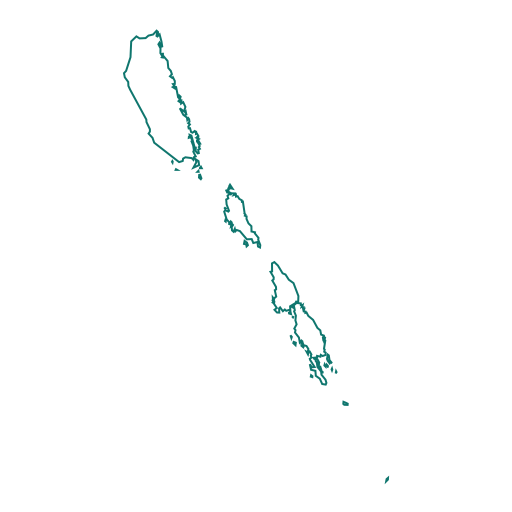 the district of Kepulauan Mentawai, Sumatera Barat, Indonesia
{"feature_id": "22746128B86355072671334", "entity_name": "Kepulauan Mentawai", "entity_type": "district", "adm_level": 2, "iso_a3": "IDN", "parent_name": "Indonesia", "parent_adm1": "Sumatera Barat", "projection": "equal_earth", "projection_center": [99.744, -2.461], "detail": "fine", "context": "isolated", "style": "outline", "palette": "teal", "viewbox_px": 512, "rotation_deg": 0, "n_neighbors": 0, "source": "geoboundaries", "source_scale": "gbopen_adm2", "svg_char_len": 6095}
<svg xmlns="http://www.w3.org/2000/svg" viewBox="0 0 512 512"><path d="M156.6,30.7L153.1,34.5L148.5,35.6L145.6,38.1L139.6,38.4L136.4,36.4L131.2,41.4L130.5,57.2L126.1,70.9L124.0,73.2L124.8,77.3L128.2,81.9L128.4,85.9L130.2,89.8L146.3,119.5L146.5,122.1L149.9,129.2L149.9,131.6L148.6,133.6L152.5,137.8L154.2,142.7L179.1,162.1L182.7,161.0L183.1,158.6L185.4,157.3L191.7,158.1L193.3,159.8L194.0,157.1L195.7,156.4L193.3,151.7L193.9,150.4L193.2,145.6L191.2,140.5L192.7,143.6L193.3,142.4L190.7,137.1L188.8,137.8L188.9,136.8L189.8,136.3L189.6,134.8L191.4,135.6L194.7,147.5L195.8,147.6L195.6,151.1L197.7,153.4L198.8,153.1L198.2,149.7L199.9,148.8L198.8,147.1L199.7,146.0L198.8,144.0L200.2,143.7L198.3,140.5L198.3,143.2L197.0,141.5L197.0,140.3L198.9,139.0L196.5,137.8L197.6,137.2L197.0,136.0L198.3,136.9L198.4,136.0L196.8,133.4L196.0,133.8L196.1,131.8L194.7,131.8L195.4,130.5L192.5,132.7L191.1,132.0L190.0,128.2L188.7,128.4L188.3,126.6L189.9,124.4L188.2,123.2L189.5,121.7L189.1,119.2L188.4,118.2L187.3,119.9L186.9,117.5L183.3,114.8L179.8,108.3L185.7,112.6L184.6,109.5L185.4,106.9L183.2,102.2L181.2,103.5L181.4,100.4L179.8,100.6L179.6,101.9L178.5,101.1L180.0,99.2L178.1,97.3L176.1,87.0L175.2,86.6L174.8,88.4L172.8,87.1L174.4,86.2L173.0,84.1L174.8,83.9L174.8,81.0L172.9,77.2L172.2,77.9L170.0,76.3L171.9,74.2L170.8,70.9L168.3,68.0L167.6,61.0L162.9,55.4L162.9,57.5L161.9,57.3L162.5,56.5L160.4,53.1L160.5,48.4L158.4,44.3L159.5,42.6L161.4,46.7L162.2,46.4L161.5,41.7L159.6,34.4L157.4,36.5L156.5,35.9L156.9,33.7L157.8,35.8L158.0,32.0L156.6,30.7ZM300.8,303.4L296.5,303.0L293.8,305.3L294.8,310.2L294.1,311.3L295.9,315.7L295.4,320.4L296.6,324.3L294.3,328.6L295.5,330.1L295.0,332.5L298.9,337.5L299.8,342.4L301.4,340.5L302.3,341.3L301.6,343.2L302.7,342.8L303.1,343.9L301.5,345.8L303.3,347.3L304.1,345.3L306.5,346.0L308.4,349.0L308.0,350.7L309.7,351.4L311.4,354.5L310.8,355.5L311.4,357.7L309.8,358.8L310.1,359.9L314.6,367.0L311.9,367.3L309.8,364.2L311.1,369.8L315.4,370.8L315.8,375.8L319.8,378.7L322.2,384.0L325.7,384.6L326.4,382.9L325.5,379.7L321.5,374.7L321.1,371.5L317.5,367.0L316.8,362.5L315.1,360.1L317.1,362.7L319.0,362.2L317.5,359.4L314.3,358.9L313.6,357.8L317.0,357.4L317.1,355.9L320.4,356.7L320.8,354.9L322.6,356.0L325.5,355.0L325.7,352.6L324.2,351.7L324.7,349.6L324.0,348.8L325.3,340.5L324.8,339.9L324.7,341.3L324.4,341.7L323.4,340.6L322.9,337.4L323.3,336.9L323.7,338.3L324.2,338.2L323.7,336.4L324.6,339.2L325.3,337.0L324.6,337.8L323.9,335.6L321.1,334.6L320.3,330.4L317.4,327.9L313.1,319.9L308.3,315.9L306.6,312.6L305.4,312.9L305.5,311.6L303.7,311.4L302.9,307.9L303.4,307.3L301.9,307.1L302.4,306.4L302.6,305.4L301.8,306.2L302.1,304.9L300.8,305.0L300.8,303.4ZM274.3,262.1L272.0,263.4L272.1,271.4L270.5,271.8L273.7,277.3L273.6,279.4L272.3,280.5L276.0,286.9L276.1,289.4L274.8,290.2L276.2,296.6L274.4,298.1L273.8,300.1L274.4,301.0L273.1,300.2L272.6,300.3L272.4,301.1L272.8,300.3L273.5,300.8L272.1,303.3L273.4,301.4L274.3,301.8L274.0,303.8L276.8,308.0L274.5,309.8L277.0,312.5L279.3,312.6L279.1,308.4L280.1,307.4L282.9,311.2L284.8,309.5L286.2,310.8L289.2,309.9L290.4,311.1L290.1,306.3L295.7,302.9L296.1,301.6L298.2,301.7L298.4,296.0L293.5,283.1L288.8,279.7L285.5,274.5L282.6,273.3L277.9,265.5L274.3,262.1ZM231.1,193.8L230.6,193.0L227.5,195.8L228.3,198.4L226.2,199.5L226.6,204.4L229.0,210.8L228.3,211.6L225.3,210.1L224.2,211.6L226.7,219.5L229.2,222.2L229.2,224.9L230.8,221.5L231.7,222.4L231.1,225.8L232.4,224.3L233.0,225.0L231.7,227.0L232.0,230.4L233.5,231.7L234.8,228.8L235.4,231.3L236.7,230.0L239.9,231.1L246.8,239.3L251.7,239.1L253.3,243.0L257.5,242.0L258.0,246.5L260.0,247.5L260.3,245.1L258.2,239.7L258.5,237.9L254.8,233.3L255.0,232.3L251.5,231.5L251.4,226.2L248.5,223.4L246.5,218.9L246.6,216.4L244.9,215.7L245.5,214.6L243.9,212.9L244.6,213.2L242.9,201.6L241.9,201.8L241.8,200.3L239.3,198.9L237.6,196.2L236.0,196.6L235.9,194.4L233.7,195.1L234.7,193.4L231.8,193.3L230.2,195.1L231.1,193.8ZM195.4,159.1L196.4,162.1L193.4,167.7L199.1,165.1L198.5,161.1L195.4,159.1ZM327.8,354.6L327.0,358.9L327.8,360.9L329.7,363.4L330.4,362.4L332.0,363.1L329.5,360.1L328.8,355.4L327.8,354.6ZM244.6,240.9L244.0,243.9L246.2,244.4L246.6,246.4L247.9,245.2L247.4,243.8L246.4,245.4L246.8,242.6L244.6,240.9ZM347.7,403.7L345.9,402.8L343.5,401.8L343.3,403.9L344.3,404.8L347.6,404.9L347.7,403.7ZM200.1,174.7L199.2,174.9L199.0,177.6L200.8,179.2L201.4,178.3L200.1,174.7ZM230.0,184.7L229.4,185.7L230.5,188.2L232.6,188.7L230.0,184.7ZM293.7,341.9L293.3,343.1L295.5,345.2L295.8,342.7L293.7,341.9ZM228.1,189.9L226.3,190.5L227.2,192.5L229.3,192.8L228.1,189.9ZM386.2,481.3L387.9,479.6L388.0,477.9L386.6,479.1L386.2,481.3ZM290.5,311.9L289.0,312.7L289.1,313.5L291.0,314.1L290.5,311.9ZM318.1,363.4L317.8,365.4L318.8,366.0L319.0,363.8L318.1,363.4ZM291.8,336.9L290.5,335.3L291.4,338.1L291.8,336.9ZM308.4,352.8L306.6,351.8L308.0,354.4L308.4,352.8ZM311.1,375.2L310.8,376.6L312.3,377.1L312.4,376.2L311.1,375.2ZM200.9,166.7L200.1,167.6L200.0,168.2L201.7,168.2L200.9,166.7ZM229.6,189.8L228.7,187.7L228.0,189.2L228.7,188.4L229.6,189.8ZM319.4,366.7L319.6,367.8L320.8,368.3L320.3,366.7L319.4,366.7ZM327.9,367.5L327.8,365.7L326.8,364.7L326.7,365.4L327.9,367.5ZM335.7,373.4L336.5,372.1L336.1,371.3L335.7,373.4ZM177.2,169.9L176.0,169.2L175.7,169.9L177.2,169.9ZM198.4,170.9L197.5,171.8L198.6,171.8L198.4,170.9ZM293.2,317.0L292.1,316.4L293.0,317.4L293.2,317.0ZM225.7,221.6L225.9,220.1L225.5,219.8L225.1,221.1L225.7,221.6ZM179.5,95.7L179.3,97.1L180.4,97.5L180.6,96.7L179.5,95.7ZM304.4,308.5L303.4,308.5L304.0,309.7L304.4,308.5ZM324.7,364.4L324.4,365.5L325.3,366.4L325.2,365.4L324.7,364.4ZM332.0,370.4L332.3,369.6L332.0,368.5L331.6,369.4L332.0,370.4ZM322.4,373.3L322.7,372.1L322.0,371.4L322.4,373.3ZM273.6,298.4L272.8,297.4L272.9,298.9L273.6,298.4ZM186.3,115.3L186.2,113.9L186.0,112.9L185.6,114.1L186.3,115.3ZM225.0,207.9L224.2,208.7L225.5,208.3L225.0,207.9ZM292.4,307.2L293.1,307.6L293.2,306.7L292.4,307.2ZM172.5,162.6L172.7,161.6L172.4,161.1L172.0,161.8L172.5,162.6ZM195.2,148.1L194.4,148.0L195.2,149.4L195.2,148.1ZM162.6,53.0L162.6,53.9L162.9,54.6L163.0,53.8L162.6,53.0ZM324.6,340.9L324.1,339.7L324.2,341.3L324.6,340.9Z" fill="none" stroke="#0f766e" stroke-width="2"/></svg>